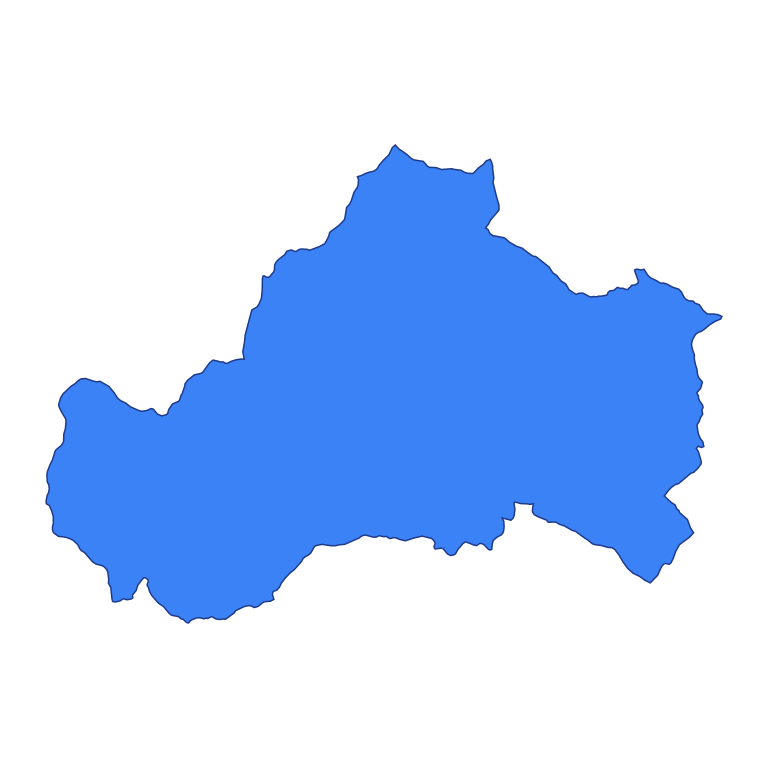 Cusco, Cusco, Peru (Natural Earth projection)
{"feature_id": "86281439B18210308777345", "entity_name": "Cusco", "entity_type": "district", "adm_level": 2, "iso_a3": "PER", "parent_name": "Peru", "parent_adm1": "Cusco", "projection": "natural_earth1", "projection_center": [-71.976, -13.539], "detail": "fine", "context": "isolated", "style": "filled", "palette": "blue", "viewbox_px": 768, "rotation_deg": 0, "n_neighbors": 0, "source": "geoboundaries", "source_scale": "gbopen_adm2", "svg_char_len": 6081}
<svg xmlns="http://www.w3.org/2000/svg" viewBox="0 0 768 768"><path d="M112.7,601.5L115.6,602.0L120.3,600.8L122.6,599.1L123.6,598.8L127.1,599.8L131.2,599.0L132.6,598.2L132.9,597.4L132.5,596.5L132.5,595.0L136.1,590.6L137.7,585.4L142.2,579.4L143.7,577.9L145.3,577.7L148.0,579.7L148.3,581.3L147.1,584.7L147.4,586.0L148.4,587.4L149.6,591.6L151.6,595.2L156.7,601.3L158.8,603.4L163.6,606.7L169.3,613.5L171.7,615.3L178.6,616.6L180.9,618.8L183.2,619.4L186.6,622.5L188.1,623.0L189.1,622.5L190.1,621.0L191.8,619.8L196.3,618.0L198.0,617.8L199.5,617.7L204.2,618.8L206.3,618.1L207.7,618.5L210.9,616.9L212.3,616.8L215.0,618.5L217.0,619.2L219.8,619.5L223.4,619.0L225.6,619.2L234.1,613.0L235.7,610.6L244.6,606.4L248.6,605.6L251.6,606.1L254.0,607.5L256.4,607.0L258.3,606.3L261.8,603.3L264.3,601.8L270.4,601.2L273.9,599.4L272.4,594.6L272.9,592.0L273.8,591.1L276.5,590.4L277.3,589.6L279.3,587.4L281.5,582.9L285.7,577.5L290.1,572.9L294.5,569.4L301.6,561.4L302.5,559.4L304.3,557.3L308.5,555.0L310.8,553.0L314.6,546.3L317.4,545.2L322.3,544.4L330.8,545.7L335.8,545.7L338.5,544.9L344.8,544.3L359.1,538.0L361.6,536.1L364.1,535.2L366.2,535.2L372.9,537.1L376.2,537.1L379.1,535.7L383.7,536.7L386.6,536.4L387.7,537.5L390.1,538.6L393.2,537.7L395.5,537.7L399.9,539.5L405.4,540.8L414.0,538.0L422.2,536.1L431.5,538.4L433.3,540.0L434.8,542.2L435.1,543.9L434.0,546.4L434.3,548.0L435.2,549.0L441.4,548.1L443.2,548.7L447.4,553.9L450.6,555.5L454.0,554.8L455.5,553.8L457.9,549.5L463.0,543.5L465.2,542.1L466.2,542.0L474.3,545.2L476.6,545.6L479.4,543.7L481.2,543.4L483.8,544.5L488.6,549.5L490.2,550.0L491.7,549.5L492.3,543.8L493.3,540.3L497.3,537.0L501.1,535.0L502.8,533.2L503.7,530.6L504.1,526.7L503.8,521.4L502.2,518.0L511.0,520.2L512.8,518.5L513.7,516.8L514.2,515.2L514.9,509.6L514.0,502.9L514.5,502.2L515.4,502.1L520.9,503.6L528.1,503.9L530.0,504.4L533.3,503.7L532.4,510.6L532.6,512.2L534.3,514.7L538.2,516.8L546.5,520.1L548.2,522.3L554.0,522.0L556.4,522.3L559.0,524.1L564.7,526.1L572.0,530.3L575.6,531.4L585.1,538.4L587.8,540.0L592.4,543.8L595.2,544.7L600.9,545.4L607.9,547.4L612.1,547.7L614.8,549.5L618.8,554.7L623.2,562.2L627.8,568.5L633.2,573.3L639.6,576.4L645.0,580.3L650.2,582.9L657.5,575.5L661.5,566.7L663.7,564.0L665.4,563.5L669.3,564.2L671.0,562.9L673.3,558.2L675.7,551.4L679.4,544.7L689.4,537.3L693.6,532.8L690.6,528.1L687.4,519.5L679.6,512.6L678.9,510.5L677.0,509.1L675.0,504.8L671.4,502.6L664.3,496.0L668.5,490.4L671.5,487.3L675.1,484.7L678.6,483.6L691.4,472.8L693.5,472.5L697.6,468.6L700.9,464.3L701.3,462.4L700.6,459.0L698.4,451.8L696.4,448.5L698.1,446.2L701.5,447.5L703.8,446.5L703.0,442.2L700.1,438.1L698.3,433.6L697.0,425.7L697.5,424.0L699.1,421.7L700.5,417.7L702.7,414.1L701.9,410.1L703.1,407.4L702.5,405.1L699.6,400.8L698.5,398.2L698.5,396.0L697.1,393.5L697.0,392.5L700.7,388.2L702.4,382.1L698.7,377.5L697.6,374.6L696.9,369.0L695.5,364.8L694.3,358.9L694.4,354.9L692.8,350.5L691.6,345.7L691.6,343.2L692.8,339.1L695.6,334.3L698.4,332.3L701.6,331.1L703.9,329.6L709.5,324.9L714.7,321.6L720.8,318.9L721.9,316.4L718.2,314.7L716.4,314.4L713.5,314.0L707.4,314.0L703.2,310.4L699.3,304.7L695.1,303.2L693.1,301.1L688.7,300.8L685.8,299.2L684.1,297.4L681.3,291.7L678.6,289.1L673.0,287.3L667.0,284.1L663.3,283.0L661.0,283.2L659.7,282.7L656.2,280.5L650.8,277.9L647.9,275.4L644.0,269.2L641.4,270.0L636.8,269.1L634.8,269.8L634.6,270.7L638.3,280.9L638.1,282.9L635.3,284.8L631.4,285.4L630.3,287.2L629.1,287.9L627.8,289.6L626.0,289.4L622.6,288.2L620.7,288.4L617.3,287.4L613.7,290.4L610.0,290.8L609.2,291.4L608.1,292.4L607.2,294.6L606.4,295.2L601.0,296.2L598.8,296.1L596.5,296.8L593.6,296.5L590.2,297.0L582.8,293.1L578.7,293.3L576.2,294.3L574.7,293.6L569.0,289.7L565.8,284.0L561.1,281.0L556.7,275.5L552.7,272.7L549.1,267.1L537.4,257.7L535.7,256.5L533.5,256.3L530.8,254.8L522.0,248.1L517.0,246.5L509.6,242.3L505.8,238.9L503.9,237.7L492.5,235.5L489.7,233.2L488.0,229.5L485.6,227.9L488.4,224.2L490.4,220.3L499.0,210.0L499.0,205.3L496.4,196.2L493.0,182.3L493.8,178.0L492.6,168.3L492.7,166.1L491.3,161.3L490.2,159.3L486.2,160.9L483.3,164.4L478.8,167.6L473.4,173.2L472.3,173.5L467.2,173.2L464.0,172.1L461.2,170.3L453.6,169.3L452.0,168.7L441.5,169.5L436.1,167.6L429.3,167.3L427.5,166.2L423.3,161.4L414.0,159.9L411.5,158.6L406.9,154.5L398.7,148.8L395.3,145.0L392.3,147.6L388.9,154.9L383.6,160.0L379.8,164.4L376.7,169.3L373.6,171.2L369.1,172.2L364.9,173.7L361.9,175.4L357.4,176.7L358.5,179.7L358.1,185.3L357.1,187.7L354.0,192.3L351.3,200.7L349.6,204.2L346.6,207.4L345.0,217.4L344.3,219.8L339.0,225.4L330.4,231.7L329.5,233.0L329.0,235.3L327.5,238.9L324.7,243.7L319.8,246.4L309.8,250.2L306.9,249.3L301.2,249.0L299.2,249.4L296.4,251.3L294.8,251.4L291.2,249.9L286.8,251.2L284.7,254.7L278.4,259.6L276.4,261.7L274.8,264.6L274.3,270.1L273.6,272.0L269.8,276.5L268.6,277.3L266.3,277.1L264.5,276.0L263.5,275.9L262.9,276.3L262.4,278.9L262.2,290.6L261.4,298.4L259.0,304.0L257.0,307.0L251.8,310.0L245.2,334.9L244.4,342.6L242.8,351.7L244.2,359.2L240.9,359.0L236.0,359.8L231.6,361.2L226.9,363.4L225.0,363.1L223.6,362.0L219.9,361.9L218.1,361.2L213.0,360.1L209.6,362.8L202.7,372.3L200.6,373.5L194.4,374.8L187.9,380.0L185.0,383.8L184.8,385.8L182.2,393.7L181.0,395.4L179.8,399.6L178.7,401.3L172.5,403.9L168.7,409.6L167.8,413.1L166.8,414.5L161.9,415.9L157.4,414.1L153.4,409.2L151.9,408.7L150.7,408.7L146.9,410.5L141.4,411.3L138.5,410.4L130.4,406.8L125.9,403.2L120.9,400.8L117.8,398.4L114.3,392.9L108.9,386.4L100.0,381.3L96.7,381.8L94.4,381.4L85.5,378.5L81.0,378.9L78.8,380.2L74.9,383.8L71.1,386.2L63.3,393.6L60.6,397.9L58.7,404.3L58.9,406.3L60.8,410.6L65.7,418.9L66.0,421.8L65.4,428.7L63.8,434.0L63.6,441.6L61.5,445.3L56.0,449.8L55.0,451.6L52.5,459.7L50.1,464.6L47.3,471.7L46.9,475.3L47.3,482.1L48.8,484.8L49.3,488.9L48.4,493.1L47.3,495.1L46.2,500.2L46.1,502.8L46.6,503.9L49.4,505.6L51.7,511.0L53.3,516.4L53.3,523.9L52.5,526.6L52.5,529.6L53.0,531.6L54.0,533.1L58.7,536.5L63.3,536.8L66.7,537.6L69.8,538.6L73.3,540.4L77.9,544.8L79.8,548.8L81.4,550.7L84.6,552.6L92.7,561.9L96.1,564.1L102.0,565.6L103.9,566.6L106.7,569.5L107.9,572.5L108.7,579.7L108.4,583.1L110.8,587.5L112.0,599.2L112.7,601.5Z" fill="#3b82f6" stroke="#1e3a8a" stroke-width="1.5"/></svg>